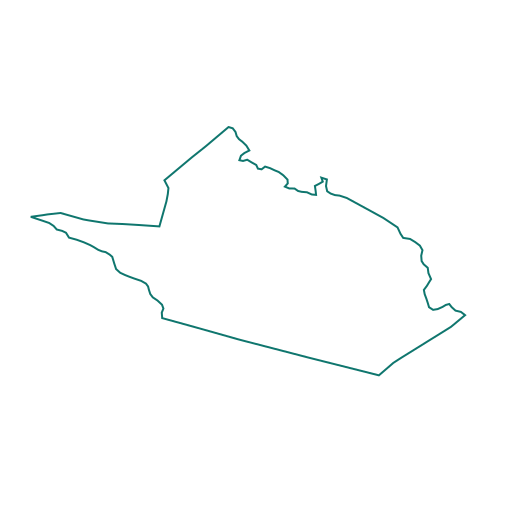 União dos Palmares, Alagoas, Brazil, rotated 39°
{"feature_id": "56859067B51889338101511", "entity_name": "União dos Palmares", "entity_type": "district", "adm_level": 2, "iso_a3": "BRA", "parent_name": "Brazil", "parent_adm1": "Alagoas", "projection": "orthographic", "projection_center": [-36.041, -9.125], "detail": "fine", "context": "isolated", "style": "outline", "palette": "teal", "viewbox_px": 512, "rotation_deg": 39, "n_neighbors": 0, "source": "geoboundaries", "source_scale": "gbopen_adm2", "svg_char_len": 1760}
<svg xmlns="http://www.w3.org/2000/svg" viewBox="0 0 512 512"><g transform="rotate(39 256 256)"><path d="M426.6,271.4L430.0,252.6L431.9,246.8L433.2,242.9L452.1,188.4L455.7,170.4L450.4,170.5L445.4,172.9L440.2,172.6L436.4,171.7L434.3,174.6L433.0,178.2L430.6,182.9L427.5,186.4L422.7,186.9L419.2,184.5L415.5,182.1L411.1,179.5L407.8,176.7L407.6,171.6L407.0,167.3L406.6,163.8L400.8,160.8L396.9,157.1L391.5,156.9L387.9,155.7L384.2,151.8L381.7,146.7L376.8,144.8L371.0,145.0L365.0,145.8L359.0,149.3L354.3,147.8L348.0,144.7L331.0,146.3L290.0,153.8L282.9,156.5L279.0,159.0L274.7,160.5L270.6,160.9L266.4,157.6L262.9,151.9L257.5,154.0L261.1,156.2L259.6,160.2L257.7,164.5L261.4,167.9L264.2,170.7L260.6,173.1L255.5,174.4L251.1,177.4L247.8,179.0L243.5,179.3L239.3,182.6L234.8,183.9L235.0,179.6L232.4,176.8L226.5,176.1L220.8,176.4L216.5,177.7L211.6,178.9L206.8,180.8L205.8,185.1L202.5,186.9L198.9,185.1L193.8,186.0L188.6,186.7L186.1,190.3L182.8,192.0L181.2,187.5L182.2,183.2L184.4,178.2L179.1,176.3L173.8,175.8L169.3,175.9L165.6,175.0L162.0,172.5L157.5,171.4L153.5,173.1L147.9,202.4L144.1,219.6L137.2,254.8L145.2,258.3L148.5,263.4L152.0,269.9L162.3,293.8L145.5,305.6L132.6,314.8L120.4,323.9L103.6,333.6L98.7,336.3L95.4,337.7L77.0,345.6L67.8,354.9L64.4,358.7L56.3,367.3L67.7,363.0L74.5,360.5L79.8,360.0L84.5,360.8L89.5,358.5L93.7,357.5L99.1,359.4L106.4,356.2L113.6,353.7L120.2,351.9L124.1,351.2L129.5,350.5L133.4,349.3L136.7,347.6L141.4,347.0L144.8,347.1L150.5,351.0L155.5,354.2L161.0,354.5L166.2,353.2L170.4,351.9L175.4,350.2L182.4,347.6L187.9,346.7L191.3,347.6L194.1,349.7L197.8,352.1L201.8,353.1L207.4,352.6L213.6,353.0L217.1,355.1L218.4,359.3L222.2,363.3L253.8,349.5L294.3,332.1L302.5,328.4L359.9,302.3L426.6,271.4Z" fill="none" stroke="#0f766e" stroke-width="2"/></g></svg>